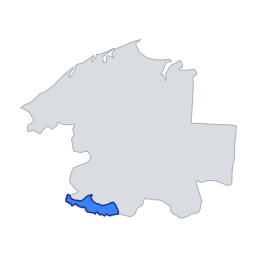 location of Plateaux, Haut-Ogooué, Gabon, rotated 93°
{"feature_id": "22940354B6249741247917", "entity_name": "Plateaux", "entity_type": "district", "adm_level": 2, "iso_a3": "GAB", "parent_name": "Gabon", "parent_adm1": "Haut-Ogooué", "projection": "robinson", "projection_center": [14.201, -1.717], "detail": "fine", "context": "in_parent", "style": "filled", "palette": "blue", "viewbox_px": 256, "rotation_deg": 93, "n_neighbors": 0, "source": "geoboundaries", "source_scale": "gbopen_adm2", "svg_char_len": 6984}
<svg xmlns="http://www.w3.org/2000/svg" viewBox="0 0 256 256"><g transform="rotate(93 128 128)"><path d="M180.0,24.8L179.8,27.2L177.4,33.1L176.3,37.7L176.0,42.6L176.6,46.5L177.8,49.3L178.6,52.4L178.0,54.5L176.8,55.4L177.6,56.5L179.4,56.8L182.4,55.8L187.0,54.2L193.1,51.9L197.1,50.6L203.7,51.4L207.2,52.3L209.0,53.9L211.0,61.0L211.9,62.0L213.5,65.0L214.9,68.6L215.2,70.4L215.0,71.7L213.7,73.7L212.2,76.5L211.6,78.2L210.4,79.5L208.8,80.8L204.4,81.3L203.7,82.0L202.4,85.1L200.1,87.6L199.1,90.1L198.1,93.3L198.3,97.3L197.8,103.1L197.4,107.0L198.5,108.4L203.8,109.3L204.8,110.1L206.2,112.5L208.0,114.8L212.8,116.2L214.7,118.0L216.2,119.9L216.4,121.4L215.3,127.7L214.3,133.7L214.7,138.3L215.1,142.7L215.7,149.1L215.4,153.0L214.0,155.3L214.0,157.2L214.7,159.5L213.5,165.7L212.7,166.7L210.5,167.9L209.4,169.5L209.0,172.2L207.9,175.7L206.7,177.1L206.7,178.7L207.8,179.9L207.8,181.8L205.7,184.0L204.4,185.7L201.5,186.5L198.2,185.7L197.4,184.4L198.2,182.5L197.9,181.0L196.8,179.4L195.1,175.2L193.5,174.3L192.6,176.0L190.0,179.2L185.2,183.2L181.9,183.6L175.8,182.3L170.7,180.4L168.3,175.6L166.8,171.7L164.6,167.1L162.2,164.9L159.6,163.6L158.4,163.5L154.7,166.0L153.5,167.0L153.5,169.2L153.9,171.1L154.5,172.1L155.0,173.4L154.9,175.4L154.2,178.0L154.0,181.0L142.3,183.8L140.2,182.8L138.7,181.5L137.0,181.7L131.9,183.2L130.0,182.2L128.2,181.4L127.3,182.0L127.2,183.3L128.1,190.2L127.8,192.8L126.7,196.3L126.1,198.6L129.2,199.2L130.3,200.3L131.4,202.1L132.9,203.7L133.0,204.7L131.3,206.5L130.7,208.7L131.6,210.4L133.7,212.2L136.8,214.1L138.3,215.3L138.1,216.5L136.7,218.9L136.1,220.9L135.2,222.7L135.4,224.4L136.8,226.0L136.6,227.4L135.7,228.5L133.7,228.3L132.1,228.4L130.7,228.0L126.1,222.5L125.1,222.4L118.5,226.6L116.8,228.3L115.4,230.8L113.6,236.1L110.6,233.0L108.0,227.3L105.0,223.8L98.6,218.1L96.9,213.9L89.6,204.7L79.1,195.5L71.5,187.5L70.3,185.7L71.6,186.0L78.9,189.9L79.9,189.5L80.8,188.6L77.6,186.5L74.6,184.9L71.8,183.9L68.9,183.9L67.3,182.3L66.3,179.7L65.8,177.5L64.5,175.2L60.5,170.4L59.5,168.6L57.3,166.1L58.7,165.8L63.0,168.2L63.4,167.2L63.0,165.8L58.7,163.6L56.3,163.4L55.8,161.8L56.1,160.0L53.0,153.1L49.8,147.9L49.2,145.5L57.9,156.7L59.1,156.9L60.6,156.8L64.2,155.5L63.5,154.0L61.9,152.4L60.3,153.1L58.3,153.3L57.2,152.6L56.7,151.5L58.8,146.0L57.9,146.3L57.2,147.3L56.1,147.7L54.4,148.0L50.1,145.1L46.3,137.2L45.3,135.6L44.3,132.8L43.3,131.7L39.0,120.5L40.6,121.3L42.6,124.6L46.5,123.9L47.9,122.0L49.3,122.1L50.6,121.6L52.3,119.9L57.2,112.1L58.5,102.0L58.1,95.9L57.4,89.9L59.0,88.0L59.6,89.2L59.9,91.4L60.7,93.0L62.5,94.4L65.7,94.8L70.8,97.0L72.5,98.4L73.0,95.6L78.8,93.2L77.1,92.3L71.9,93.2L64.9,89.6L62.5,87.3L60.3,83.0L58.1,80.7L58.2,78.7L63.3,76.8L64.7,77.0L65.2,79.3L66.6,80.2L67.1,79.9L67.3,78.0L67.3,72.8L65.8,65.5L66.3,64.0L67.7,63.5L68.9,62.6L69.8,62.4L71.5,62.6L72.3,64.3L72.8,65.2L74.5,65.6L76.0,66.5L77.2,66.3L78.2,65.2L79.7,65.0L84.3,65.0L88.5,65.0L96.9,65.1L105.2,65.1L113.5,65.1L119.8,65.2L119.8,61.0L119.8,54.5L119.8,46.8L119.7,39.4L119.7,32.6L119.7,24.6L120.0,22.2L120.4,21.3L120.3,20.0L126.7,19.9L138.4,20.5L143.5,20.4L145.0,20.5L151.4,20.1L156.5,20.6L158.7,21.2L160.7,21.5L166.9,21.8L175.0,21.4L177.7,21.5L179.3,22.6L180.0,24.8Z" fill="#d9dde1" stroke="#a8b0b8" stroke-width="1"/><path d="M214.6,133.6L213.8,133.5L213.4,133.3L213.2,133.1L212.8,133.1L212.4,133.2L212.0,133.3L211.6,133.5L210.9,133.7L210.2,134.0L209.5,134.3L209.0,134.7L208.5,135.0L207.9,135.3L207.0,135.7L206.1,136.2L205.2,136.6L204.5,137.2L204.3,137.4L204.2,137.5L203.5,138.0L203.4,138.3L203.2,138.7L203.1,139.1L203.1,139.5L203.3,140.0L203.4,140.6L203.5,140.8L204.0,141.7L204.4,142.5L204.7,142.9L205.3,144.3L205.7,145.6L206.0,146.2L206.3,147.5L206.4,148.2L206.6,148.8L206.8,149.3L206.9,149.8L207.0,150.2L206.8,150.6L206.4,151.0L206.2,151.2L206.2,151.6L206.0,152.1L205.6,152.7L205.5,153.0L205.4,153.4L205.4,154.0L205.3,155.3L205.1,156.0L204.7,156.6L204.0,157.6L203.4,158.5L202.8,159.2L202.0,159.8L201.4,160.1L201.0,160.3L200.4,160.6L200.2,160.8L199.9,161.2L199.6,161.4L199.4,161.6L199.0,161.5L198.6,161.3L198.2,161.1L198.0,160.9L197.5,160.6L197.2,160.4L196.9,160.4L196.7,160.8L196.6,161.1L196.8,161.9L197.1,162.4L197.3,163.0L197.6,163.7L198.0,164.6L198.4,165.3L198.6,165.8L199.1,166.3L199.5,166.7L200.1,167.2L200.4,167.5L200.8,167.7L201.0,167.9L201.3,168.4L201.8,168.9L202.2,169.3L202.5,169.7L202.7,170.2L203.0,170.8L203.2,171.5L203.2,172.3L203.2,173.0L203.1,173.8L203.0,174.4L202.9,174.9L202.9,175.6L202.9,176.1L203.0,176.5L203.0,176.9L202.9,177.3L202.8,177.7L202.7,178.1L202.5,178.3L202.3,178.6L202.2,178.8L202.1,179.1L202.0,179.7L201.9,180.2L201.5,180.8L201.3,181.1L200.9,181.3L200.6,181.5L200.2,181.8L199.9,181.9L199.7,182.1L199.3,182.3L199.1,182.5L198.6,182.7L198.1,182.8L197.8,183.4L197.6,183.9L197.6,184.3L197.8,184.7L198.1,184.9L198.4,185.1L198.7,185.2L199.0,185.4L199.5,185.4L200.0,185.4L200.3,185.3L200.6,185.1L200.9,184.9L201.3,184.9L201.6,185.2L201.7,185.6L201.8,186.0L202.0,186.2L202.3,186.1L202.7,186.0L203.0,185.9L203.4,185.8L203.6,185.8L203.8,185.9L204.1,186.1L204.3,186.2L204.5,186.1L204.7,185.9L204.8,185.5L204.9,185.3L205.0,184.8L205.1,184.5L205.4,184.2L205.5,184.0L205.7,183.8L205.7,183.5L205.8,183.1L205.8,182.6L205.9,182.3L206.1,181.8L206.4,181.4L206.7,181.1L207.2,180.7L207.7,180.4L208.1,180.2L208.5,180.1L208.5,179.7L208.5,179.3L208.4,178.8L208.2,178.5L207.7,178.0L207.1,177.4L206.8,176.9L206.6,176.6L206.6,176.2L206.6,175.8L206.8,175.4L207.1,175.2L207.6,174.9L208.1,174.5L208.3,174.2L208.4,173.9L208.4,173.6L208.4,173.3L208.3,173.0L208.4,172.8L208.7,172.6L208.9,172.5L209.2,172.1L209.3,171.7L209.3,171.3L209.4,170.8L209.4,170.2L209.5,169.9L209.6,169.6L209.7,169.3L209.7,168.8L209.6,168.5L209.4,168.4L209.3,168.1L209.3,167.9L209.4,167.6L209.4,167.3L209.5,167.0L209.6,166.8L209.8,166.5L210.2,166.3L210.8,165.9L211.5,165.6L212.2,165.2L212.7,164.9L213.3,164.6L213.8,164.3L214.1,163.9L214.2,163.7L214.3,163.4L214.2,162.9L214.2,162.6L214.1,162.2L214.1,161.8L214.2,161.4L214.4,161.0L214.4,160.5L214.4,159.8L214.4,159.2L214.4,158.6L214.5,158.2L214.6,157.8L214.9,157.3L215.1,157.0L215.4,156.8L215.6,156.5L215.6,156.3L215.1,156.3L214.7,156.2L214.3,156.0L214.2,155.7L214.1,155.4L214.1,155.1L213.9,154.7L213.6,154.5L213.4,154.2L213.6,154.0L213.8,153.9L214.1,153.7L214.3,153.6L214.6,153.4L214.8,153.1L215.0,152.7L215.1,152.3L215.4,152.2L215.7,152.1L216.1,151.9L216.2,151.7L216.2,151.4L216.1,151.0L216.0,150.8L215.7,150.6L215.6,150.4L215.6,150.2L215.7,149.9L215.8,149.7L215.9,149.4L216.0,149.0L216.0,148.4L216.2,148.1L216.4,147.9L216.6,147.7L216.8,147.5L217.0,147.1L217.0,146.8L216.9,146.4L216.7,146.3L216.5,146.1L216.1,145.9L215.7,145.5L215.4,145.1L215.3,144.9L215.3,144.5L215.3,144.2L215.5,144.0L215.6,143.9L215.9,143.6L216.1,143.3L216.2,143.1L216.3,142.7L216.4,142.4L216.4,142.0L216.5,141.4L216.5,141.0L216.4,140.5L216.1,140.0L215.9,139.8L215.7,139.4L215.5,139.2L215.4,138.8L215.4,138.5L215.5,138.3L215.6,138.0L215.5,137.6L215.3,137.2L215.1,136.9L215.0,136.1L214.7,135.5L214.6,134.8L214.5,134.4L214.5,133.8L214.6,133.6Z" fill="#3b82f6" stroke="#1e3a8a" stroke-width="1.5"/></g></svg>